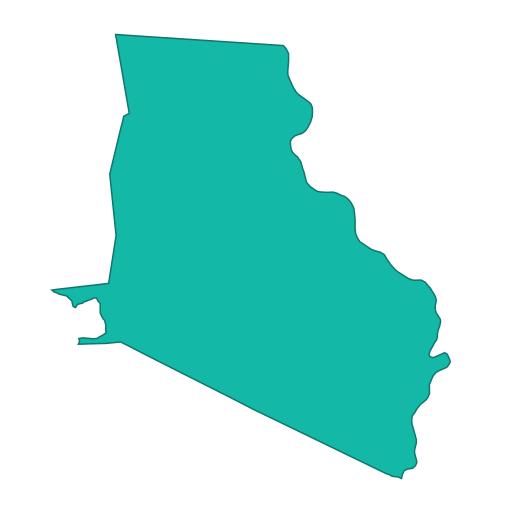 São Francisco do Maranhão, Maranhão, Brazil (Mercator projection), rotated 4°
{"feature_id": "56859067B13604855436090", "entity_name": "São Francisco do Maranhão", "entity_type": "district", "adm_level": 2, "iso_a3": "BRA", "parent_name": "Brazil", "parent_adm1": "Maranhão", "projection": "mercator", "projection_center": [-43.076, -6.208], "detail": "fine", "context": "isolated", "style": "filled", "palette": "teal", "viewbox_px": 512, "rotation_deg": 4, "n_neighbors": 0, "source": "geoboundaries", "source_scale": "gbopen_adm2", "svg_char_len": 2560}
<svg xmlns="http://www.w3.org/2000/svg" viewBox="0 0 512 512"><g transform="rotate(4 256 256)"><path d="M416.7,467.8L417.2,464.1L418.8,459.7L422.1,458.0L427.1,456.8L429.6,454.2L430.8,451.0L430.3,448.3L428.2,442.4L427.7,439.5L428.3,434.6L429.0,431.8L428.8,428.2L426.2,420.6L424.7,416.4L423.4,413.1L422.7,408.8L423.1,404.6L425.6,400.6L427.0,397.6L430.2,392.8L435.8,387.5L437.3,385.1L438.7,381.1L437.9,372.2L441.0,363.3L443.1,360.3L444.8,358.8L447.9,356.9L453.9,353.9L455.7,351.4L457.2,347.9L456.0,344.9L453.6,340.6L451.0,339.3L440.1,345.0L437.0,344.5L435.3,342.6L436.3,338.6L440.4,329.6L441.9,327.3L442.5,324.5L442.5,320.6L442.9,317.2L444.1,313.1L444.7,308.3L444.1,306.1L439.6,299.9L438.7,297.4L438.2,293.6L438.9,287.9L438.3,285.4L437.3,283.2L434.0,278.6L431.9,275.6L429.9,273.9L428.4,272.2L426.8,270.4L422.4,268.5L415.0,269.2L412.4,268.7L409.3,267.7L398.4,261.8L395.5,259.7L390.8,255.0L388.8,252.5L386.2,249.2L384.0,245.8L380.0,243.6L374.4,242.5L370.6,241.4L358.8,234.7L356.3,231.5L353.9,227.1L352.9,221.7L352.3,212.6L351.2,206.2L350.4,202.0L349.3,199.7L347.1,196.2L345.5,194.4L343.5,192.5L340.2,190.4L336.2,189.3L332.3,187.7L328.6,186.9L321.5,187.6L315.4,187.6L312.4,187.1L309.8,185.8L304.8,182.7L301.2,178.8L298.0,168.9L296.4,165.4L294.1,158.8L290.3,154.1L288.3,152.8L285.2,150.0L283.5,146.9L282.4,141.4L282.4,139.3L283.3,136.6L286.2,133.6L288.5,132.4L293.6,130.4L296.8,127.4L298.7,124.1L301.0,118.9L302.3,113.5L302.3,108.7L302.0,105.1L301.4,102.9L299.8,100.1L296.6,97.8L289.5,93.4L286.4,91.4L284.5,89.5L281.0,84.6L278.8,80.4L275.3,73.6L274.8,69.9L274.9,58.5L274.3,51.7L271.6,47.2L268.6,44.2L188.2,44.5L121.1,44.8L104.9,44.8L100.5,44.8L103.1,55.3L119.6,122.5L114.3,125.9L113.5,131.3L112.1,138.6L104.4,184.5L105.9,193.2L115.0,245.3L113.8,259.6L113.5,263.3L110.9,293.6L60.6,303.0L54.8,304.2L57.0,305.9L60.1,306.8L62.8,307.9L65.5,308.3L68.1,308.7L70.1,309.2L72.1,311.0L75.3,313.5L76.1,316.2L77.2,319.2L79.5,320.0L81.1,316.9L83.6,315.9L86.2,315.2L87.8,313.6L89.8,313.0L92.0,311.7L94.9,310.7L97.3,309.0L100.2,309.3L101.2,311.7L103.8,314.2L104.1,317.2L104.3,319.8L104.5,323.5L106.2,326.8L107.8,329.3L109.6,330.9L110.2,333.2L111.1,335.5L111.1,337.6L111.1,340.0L112.0,343.0L108.1,346.0L105.9,347.3L103.2,349.3L101.0,349.7L99.0,349.9L91.6,349.8L88.7,349.8L85.0,350.7L86.0,353.1L85.0,356.4L98.3,355.0L112.2,353.7L123.5,351.8L127.0,351.2L166.0,367.8L182.7,374.8L187.8,377.0L191.5,378.5L242.5,399.9L245.0,401.0L266.3,410.1L301.9,424.3L362.8,448.7L401.0,464.0L404.6,464.9L407.2,466.3L413.1,466.5L416.7,467.8Z" fill="#14b8a6" stroke="#0f766e" stroke-width="1.5"/></g></svg>